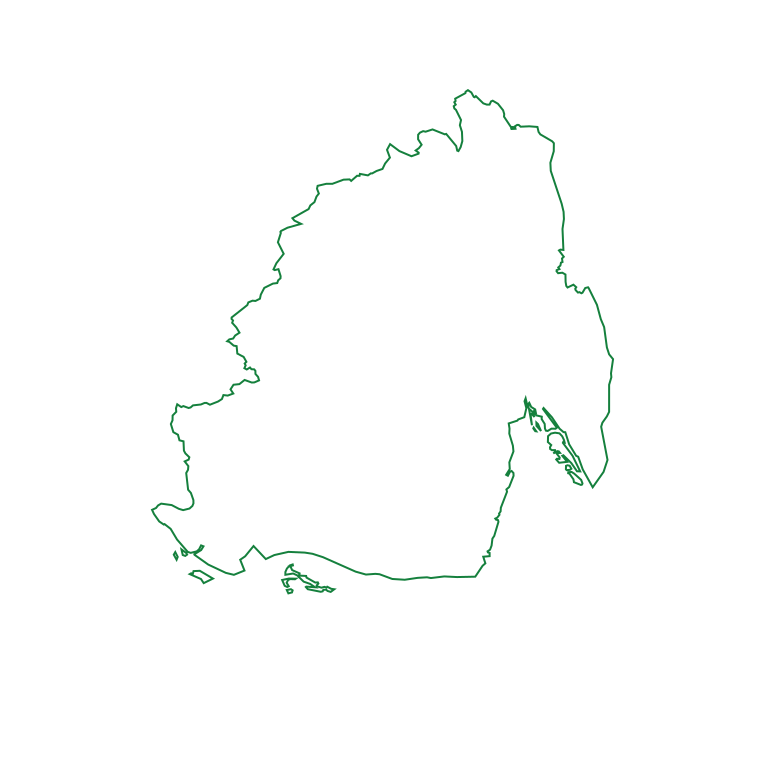 Shariatpur, Dhaka, Bangladesh, rotated 60°
{"feature_id": "16705992B92388810566131", "entity_name": "Shariatpur", "entity_type": "district", "adm_level": 2, "iso_a3": "BGD", "parent_name": "Bangladesh", "parent_adm1": "Dhaka", "projection": "mercator", "projection_center": [90.365, 23.228], "detail": "fine", "context": "isolated", "style": "outline", "palette": "green", "viewbox_px": 768, "rotation_deg": 60, "n_neighbors": 0, "source": "geoboundaries", "source_scale": "gbopen_adm2", "svg_char_len": 6177}
<svg xmlns="http://www.w3.org/2000/svg" viewBox="0 0 768 768"><g transform="rotate(60 384 384)"><path d="M476.5,573.9L477.3,564.5L481.6,550.7L490.4,536.9L495.3,530.8L503.5,523.4L532.3,502.4L540.0,494.9L544.1,486.4L546.5,483.0L557.0,474.3L563.9,463.9L568.7,451.8L572.9,443.4L575.5,440.4L580.8,428.0L587.7,417.3L596.5,401.3L590.7,389.5L590.0,385.9L583.2,384.4L585.9,378.6L583.1,377.0L581.8,378.2L580.7,378.0L580.5,375.0L577.7,371.6L572.1,367.4L570.7,364.5L560.6,353.8L558.9,353.3L557.5,354.8L556.2,354.9L556.4,352.9L555.0,349.4L553.8,349.2L552.6,346.7L549.6,344.7L538.8,331.3L536.5,330.7L535.8,327.1L528.3,317.7L525.8,316.4L523.1,317.0L522.9,318.6L525.4,322.6L523.7,323.6L520.5,317.6L514.5,314.6L507.1,305.6L501.8,303.2L489.6,300.3L485.4,297.6L480.5,295.7L482.4,286.8L481.8,285.5L482.9,279.1L476.1,272.8L469.2,270.9L467.2,268.5L476.1,271.2L476.3,270.4L473.4,268.9L472.9,267.6L477.5,268.0L481.6,265.8L484.0,266.6L482.2,267.3L482.8,268.2L487.3,267.8L491.2,263.7L493.2,265.0L498.9,264.8L503.1,266.9L505.4,267.1L506.5,265.7L506.4,261.3L508.5,257.8L508.3,256.2L485.1,258.8L484.6,257.8L496.8,255.2L510.5,254.3L515.4,252.6L516.4,251.1L528.8,253.8L542.2,253.5L544.1,252.2L557.4,254.6L577.8,254.9L569.9,237.8L561.5,228.4L529.6,217.3L526.7,214.2L523.5,207.2L520.7,203.0L497.2,189.4L491.8,183.7L488.3,182.1L477.0,173.2L470.9,174.2L463.8,172.7L444.8,164.9L436.2,163.8L421.9,160.0L403.4,158.8L402.3,158.9L401.5,161.7L404.2,166.5L404.1,167.7L402.2,168.8L401.8,170.3L398.5,171.1L397.2,170.8L396.3,169.1L392.7,170.3L392.2,176.8L390.2,177.1L386.4,175.7L379.9,172.1L376.8,173.9L375.1,177.8L372.6,178.2L371.7,177.5L372.2,174.6L370.2,174.8L369.6,172.0L367.4,170.1L367.6,168.4L364.3,167.1L363.7,164.7L355.8,165.7L355.8,164.1L357.6,161.6L339.0,151.9L331.1,145.7L324.7,142.4L316.7,140.0L282.8,133.0L275.6,129.3L267.3,120.6L260.4,116.5L257.9,117.0L246.0,123.8L243.0,124.1L238.1,122.6L233.5,129.3L229.5,137.0L227.0,137.8L226.2,139.1L226.3,141.8L228.7,142.5L226.9,146.1L226.3,146.0L226.3,143.3L224.8,145.6L212.5,146.4L210.3,144.9L206.5,144.0L198.3,145.2L193.0,148.2L192.8,150.0L194.8,152.9L193.4,155.3L190.6,157.7L180.6,160.5L181.0,162.1L180.2,162.7L175.2,162.6L171.5,164.4L171.7,167.2L172.8,168.1L172.5,179.7L174.7,180.5L175.1,182.2L177.9,182.2L178.3,184.7L180.6,185.3L182.5,184.6L193.9,185.3L197.8,188.9L204.6,190.4L212.8,194.7L217.2,199.2L219.5,203.1L218.5,203.9L214.0,202.5L198.5,205.1L198.2,206.5L187.8,214.7L186.3,221.8L184.6,223.7L184.3,227.2L185.2,229.8L189.1,232.1L195.6,231.8L197.2,235.9L197.6,239.8L201.0,238.3L201.8,238.9L200.5,246.3L190.0,254.2L179.3,258.8L182.7,264.3L190.9,265.7L193.6,272.8L197.0,277.8L195.8,283.9L195.7,289.0L195.0,290.1L195.3,293.6L190.0,299.8L191.5,301.1L190.2,303.2L191.7,310.9L189.6,311.5L186.8,316.9L184.8,328.7L181.8,333.8L179.2,342.4L181.4,344.4L186.5,345.2L187.9,348.7L191.7,353.3L192.5,358.5L194.8,361.8L194.6,380.4L197.7,379.9L203.9,375.7L200.4,389.4L200.0,396.6L200.5,397.7L201.6,397.8L208.2,405.0L221.1,405.8L225.6,416.8L229.5,422.4L230.7,421.7L231.8,418.0L238.9,419.6L240.7,420.8L241.3,423.8L243.2,426.0L241.5,430.0L240.9,439.6L245.0,446.0L248.1,448.8L247.8,453.8L246.1,456.2L245.5,460.7L247.3,462.9L250.2,482.7L251.4,483.5L253.5,483.0L255.1,484.9L261.2,483.6L267.3,483.5L267.6,488.7L269.2,491.9L268.0,495.7L268.6,498.4L270.2,496.9L275.6,495.0L277.5,492.7L284.3,495.8L290.4,492.0L296.0,492.1L296.6,494.4L298.7,494.5L300.5,497.0L302.8,495.6L302.7,491.8L304.9,491.4L306.4,489.1L308.3,488.8L311.0,490.3L314.9,489.5L318.4,490.4L317.8,495.5L316.6,497.8L310.8,502.7L311.8,509.3L309.4,514.7L311.9,519.6L316.9,519.3L315.9,525.1L313.3,528.6L316.0,531.9L316.2,536.5L314.9,545.1L311.6,547.2L310.7,548.8L310.2,552.8L307.0,560.1L307.6,563.2L307.1,565.2L302.8,568.8L302.6,571.1L298.2,573.2L301.0,576.3L304.2,577.8L305.6,582.8L309.7,585.3L312.1,588.6L320.4,590.5L324.9,587.8L330.5,589.3L333.4,586.3L341.7,590.6L344.8,590.7L350.1,589.2L351.8,591.0L351.4,595.3L357.3,594.5L360.3,596.6L362.2,599.8L377.6,606.5L381.8,605.7L389.2,607.1L392.1,608.7L393.8,610.9L394.6,614.7L392.8,621.0L389.5,624.1L382.7,628.4L376.2,636.8L376.2,640.4L377.4,643.4L377.0,647.8L381.6,648.2L390.6,647.4L395.6,645.0L395.6,644.1L402.8,641.2L415.2,641.0L431.3,637.9L433.6,635.8L435.3,629.9L434.7,626.8L432.3,623.1L434.3,621.5L436.4,625.4L436.6,633.4L437.2,633.5L452.5,626.5L468.5,615.4L474.2,609.4L475.8,598.1L464.3,596.4L463.8,590.4L459.1,578.0L476.5,573.9ZM524.4,258.5L523.8,257.7L524.9,256.8L522.3,256.1L518.4,255.8L514.5,256.7L511.7,260.2L510.4,264.1L511.2,268.0L516.2,271.1L520.5,269.7L521.8,271.9L523.4,272.6L525.3,271.6L526.8,268.9L527.8,269.1L528.8,272.0L528.9,267.3L529.8,266.3L531.7,266.0L530.1,269.3L535.5,268.6L536.6,269.6L535.2,271.6L535.5,272.6L539.8,271.7L543.0,264.3L535.3,265.5L535.4,264.3L546.2,261.3L556.1,260.5L557.8,257.8L540.4,256.6L524.4,258.5ZM535.0,536.4L537.4,534.1L536.9,529.7L535.0,532.1L531.2,534.5L531.6,535.5L529.9,537.0L529.1,540.0L525.6,543.3L524.8,543.1L524.0,540.6L522.7,540.5L521.6,542.8L512.9,547.9L511.3,547.4L508.2,552.2L506.7,552.8L505.8,551.8L499.2,556.6L496.1,556.3L494.7,556.9L495.6,553.6L494.6,553.3L494.0,556.4L495.3,560.4L497.5,563.4L499.9,564.8L502.7,557.4L506.4,554.8L515.0,552.4L520.1,548.0L525.6,545.3L520.6,552.6L520.7,553.2L523.6,552.6L532.3,542.7L532.9,540.8L531.9,539.4L533.3,536.9L535.0,536.4ZM467.0,629.4L453.7,636.9L450.8,642.5L452.8,644.5L451.5,645.6L451.5,647.3L461.4,640.0L466.3,639.7L467.0,629.4ZM554.3,268.2L561.3,267.6L564.0,268.6L569.9,263.9L570.1,262.7L569.3,261.8L565.6,261.2L556.7,264.1L554.0,265.5L552.5,268.5L553.4,269.1L554.3,268.2ZM509.1,570.9L511.4,569.3L511.5,567.6L507.5,567.7L505.8,565.1L506.0,562.9L508.6,558.7L508.5,557.7L504.9,563.7L502.8,570.2L509.1,570.9ZM487.8,270.2L482.0,269.4L477.8,270.8L493.7,276.5L483.4,272.2L483.5,271.1L487.8,270.2ZM431.5,643.8L433.5,642.1L433.3,639.8L431.6,639.7L426.0,642.1L431.5,643.8ZM549.9,268.9L551.3,265.9L551.1,264.1L547.6,264.1L546.1,265.8L545.9,267.3L548.8,269.1L549.9,268.9ZM517.5,571.5L518.5,567.9L517.0,566.3L515.2,567.2L513.8,571.2L517.5,571.5ZM432.5,651.5L430.6,649.1L425.2,648.8L426.7,651.4L432.5,651.5ZM495.7,270.7L493.6,271.3L496.5,272.9L503.2,271.5L495.7,270.7ZM500.5,276.6L501.1,275.8L496.6,276.2L497.1,276.9L500.5,276.6Z" fill="none" stroke="#15803d" stroke-width="2"/></g></svg>